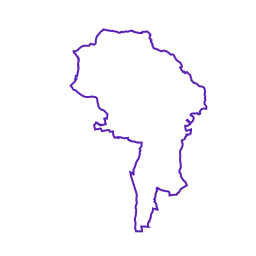 outline of Tarnaveni, Mures, Romania, rotated 14°
{"feature_id": "2599482B24834909765304", "entity_name": "Tarnaveni", "entity_type": "district", "adm_level": 2, "iso_a3": "ROU", "parent_name": "Romania", "parent_adm1": "Mures", "projection": "albers", "projection_center": [24.284, 46.321], "detail": "fine", "context": "isolated", "style": "outline", "palette": "violet", "viewbox_px": 256, "rotation_deg": 14, "n_neighbors": 0, "source": "geoboundaries", "source_scale": "gbopen_adm2", "svg_char_len": 5805}
<svg xmlns="http://www.w3.org/2000/svg" viewBox="0 0 256 256"><g transform="rotate(14 128 128)"><path d="M160.8,226.3L166.6,224.9L166.5,224.2L164.7,220.3L171.6,218.9L171.1,218.6L171.0,217.8L170.5,216.7L170.5,215.9L170.6,215.1L170.9,214.6L171.0,214.1L171.3,213.9L171.0,213.2L171.4,212.5L171.5,210.5L171.8,209.4L171.5,208.8L171.6,208.5L171.4,207.9L171.3,206.2L171.4,205.4L171.9,204.3L172.1,203.1L172.1,202.3L171.7,200.1L175.0,199.9L175.1,200.2L176.4,200.2L176.3,199.7L174.8,197.6L173.8,194.9L171.5,193.0L171.6,192.9L171.7,191.1L170.8,190.8L171.0,190.3L170.9,188.9L171.0,188.6L171.3,188.3L171.3,188.0L171.1,187.5L171.1,187.0L171.0,186.4L170.7,185.8L170.8,185.1L170.8,184.2L171.0,183.5L171.0,183.0L171.1,182.1L171.5,181.9L171.5,181.7L171.2,180.6L170.4,180.0L170.4,179.4L170.5,179.3L170.9,178.9L171.2,178.8L172.3,179.6L172.6,179.4L173.5,179.8L175.8,180.2L180.2,180.1L181.9,179.8L182.8,179.9L183.5,180.3L183.8,180.5L183.9,181.2L184.3,182.1L184.5,182.6L184.4,182.7L184.6,183.4L189.5,181.4L191.4,180.9L191.7,179.7L192.1,178.7L192.5,178.6L192.9,178.3L193.4,176.9L193.4,176.3L193.8,175.4L194.0,174.4L199.0,169.4L196.8,166.4L195.6,166.0L194.6,165.4L194.4,165.1L194.0,165.1L192.2,163.2L191.8,163.0L191.0,161.9L190.6,160.9L190.6,160.1L189.7,159.5L189.3,158.8L188.8,158.6L188.4,158.1L188.3,157.6L188.4,156.9L188.4,156.2L188.2,156.0L188.5,155.2L188.8,153.5L187.9,150.6L187.6,149.4L186.8,148.3L186.7,147.8L185.9,145.0L185.8,144.1L185.2,141.2L184.3,138.7L184.2,138.1L184.2,137.0L184.7,135.9L185.2,132.0L185.1,131.2L184.6,129.6L184.0,128.9L183.2,127.1L185.8,124.9L185.8,122.9L186.2,121.9L186.5,121.9L186.7,121.3L186.7,121.1L186.5,120.7L186.3,120.1L186.9,119.9L187.6,120.1L188.1,120.0L189.4,119.1L189.8,118.6L189.8,118.3L190.0,118.3L190.0,117.2L189.8,115.8L189.8,115.3L189.5,114.1L185.4,116.6L184.3,115.5L183.1,112.5L183.0,112.0L184.0,111.8L185.7,111.2L187.2,109.2L187.5,108.6L183.2,106.4L183.5,105.7L184.8,106.3L186.2,107.6L186.9,107.7L187.7,107.4L188.2,106.9L188.8,106.3L189.3,105.3L189.4,103.9L189.3,102.4L189.2,102.1L188.8,101.5L187.9,100.9L185.8,100.6L185.6,100.4L185.6,99.8L186.0,99.0L187.6,98.1L190.5,97.5L191.6,96.8L193.0,97.6L193.8,97.5L194.3,97.1L194.5,96.8L194.6,96.4L193.9,95.5L193.8,94.8L194.2,93.4L194.8,91.9L196.3,91.0L198.1,90.5L199.3,90.5L199.1,89.3L198.8,88.1L196.4,86.1L196.2,85.8L196.1,84.6L195.8,83.9L195.9,83.1L196.3,82.4L196.4,82.1L195.3,80.3L195.5,79.2L195.4,78.9L194.2,77.1L194.1,74.7L193.4,73.0L193.3,72.3L192.8,71.6L191.9,70.5L191.2,70.0L190.2,69.9L187.0,70.2L186.2,69.9L185.0,68.9L184.6,68.7L181.5,67.9L180.9,68.3L178.1,66.4L178.2,66.2L176.9,64.2L175.6,61.6L174.7,61.3L171.8,59.6L171.5,59.5L170.6,60.4L170.5,60.8L170.3,61.0L168.8,59.7L167.8,60.4L164.0,56.7L164.7,56.0L165.5,55.6L164.6,53.7L163.1,52.3L162.2,51.6L159.6,50.8L158.1,49.9L156.6,48.4L154.8,46.2L154.1,45.8L153.4,45.8L152.1,46.3L151.3,46.5L150.7,46.2L149.7,45.2L148.6,45.0L146.8,44.2L145.4,44.3L143.8,44.2L141.8,45.6L140.2,45.1L138.7,45.1L136.9,44.4L133.9,44.5L133.0,43.6L131.6,41.8L131.6,41.5L131.7,41.1L131.4,40.6L129.9,39.3L129.2,38.5L129.1,38.0L129.6,37.8L129.4,36.8L127.2,35.8L127.0,35.3L127.2,34.6L127.0,34.1L127.1,33.8L127.0,33.3L127.4,32.5L127.3,32.2L126.8,31.9L126.6,31.6L126.2,31.5L125.9,31.1L125.4,30.7L123.1,29.7L120.7,30.8L118.7,31.1L118.7,32.4L117.5,32.8L111.7,33.4L109.8,33.1L108.6,32.5L108.1,32.9L106.4,33.2L105.6,34.0L104.7,34.5L103.7,34.8L102.1,34.9L100.2,36.2L98.8,36.1L98.1,36.4L97.8,37.2L96.3,37.7L96.1,37.9L94.9,37.5L93.7,37.3L90.8,37.6L89.6,37.5L87.6,38.0L85.0,38.1L84.4,38.3L81.9,38.2L80.1,38.4L79.9,39.3L79.4,40.0L78.4,40.8L77.9,41.9L77.4,43.3L76.4,44.8L75.7,46.6L75.5,47.8L75.5,49.7L75.6,51.1L76.0,52.5L76.1,53.6L76.0,53.9L75.6,54.6L74.9,55.4L71.7,55.2L71.1,56.0L70.6,57.3L70.4,57.5L67.9,58.3L65.6,58.7L64.9,59.1L63.0,60.5L62.1,61.7L60.2,64.7L59.3,65.6L58.7,66.2L57.8,66.3L56.7,66.7L57.1,67.7L57.7,68.2L58.9,69.0L59.5,69.2L62.3,71.8L62.7,71.6L63.0,71.8L63.7,73.5L63.3,73.7L63.7,74.7L64.0,75.1L63.9,76.9L64.0,77.3L64.4,78.3L64.2,78.4L64.5,79.7L64.8,80.1L65.0,81.0L65.4,81.1L65.5,81.4L65.8,85.3L66.0,90.1L64.8,90.2L64.9,93.1L66.1,93.1L65.1,95.8L64.7,96.3L64.2,97.6L62.9,99.3L62.2,100.8L62.2,101.0L64.0,102.1L65.3,103.7L66.8,104.2L68.1,104.1L68.9,104.5L70.3,105.5L76.2,107.8L79.5,108.1L81.3,107.8L86.1,106.0L87.8,106.0L88.8,105.9L89.7,106.2L90.7,106.7L91.1,107.2L91.9,109.8L93.1,112.0L93.4,112.4L93.6,113.1L94.3,114.5L94.9,115.1L97.7,116.7L99.8,116.6L101.6,117.5L103.7,119.0L104.9,119.6L104.9,122.4L105.0,122.7L105.2,124.1L103.4,124.3L102.7,124.7L103.3,125.4L104.0,126.7L104.8,128.6L105.5,129.6L102.1,131.4L102.0,131.1L101.6,131.2L100.1,132.2L99.4,131.3L99.1,131.6L98.7,131.6L97.7,131.0L97.0,130.3L95.6,130.4L95.7,131.3L95.5,132.1L95.0,132.4L94.6,132.9L94.4,133.6L96.1,136.7L96.4,137.4L101.8,135.1L103.4,137.3L109.7,134.6L110.2,134.6L111.4,136.1L114.2,135.0L115.7,138.9L116.8,140.0L116.9,140.4L117.3,140.7L117.7,140.4L120.0,139.5L120.1,139.8L120.4,139.6L120.9,140.2L121.2,140.0L120.9,139.5L121.4,139.1L122.3,138.9L126.8,138.9L130.4,137.6L130.5,138.4L130.9,139.1L131.6,139.5L132.4,139.3L132.6,139.9L135.5,140.0L137.3,139.6L139.8,139.9L140.9,139.7L141.1,139.8L144.7,138.8L145.0,140.3L145.5,141.8L145.5,142.3L145.4,142.7L144.8,143.8L144.6,144.9L144.3,145.7L145.1,146.2L145.6,146.8L145.5,147.4L145.1,148.3L145.7,150.2L145.8,151.4L145.8,154.6L145.6,155.4L144.8,157.4L144.8,157.8L144.3,159.0L144.4,159.9L144.3,161.0L144.0,161.6L144.3,162.6L144.1,163.0L144.2,163.9L143.8,164.7L143.9,165.2L143.5,166.4L143.5,166.8L143.4,167.3L143.5,168.0L143.8,168.5L144.2,169.8L144.2,170.3L144.7,171.7L144.6,171.8L143.2,170.8L142.0,170.4L140.9,170.3L143.0,174.7L152.0,189.3L152.9,191.5L153.2,194.0L153.6,196.2L154.8,198.7L154.5,200.5L154.4,202.4L154.8,204.0L155.6,204.8L156.2,207.5L156.7,211.4L156.6,214.3L156.8,215.0L158.3,218.4L158.6,219.9L159.0,222.6L159.4,224.0L160.8,226.3Z" fill="none" stroke="#5b21b6" stroke-width="2"/></g></svg>